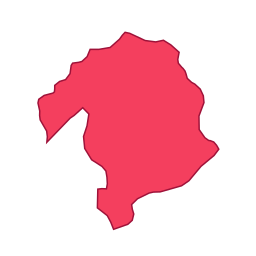 map outline of Bingöl (Albers equal-area conic projection), rotated 342°
{"feature_id": "TUR-2308", "entity_name": "Bingöl", "entity_type": "Province", "adm_level": 1, "iso_a3": "TUR", "parent_name": "Turkey", "parent_adm1": "", "projection": "albers", "projection_center": [40.639, 39.029], "detail": "fine", "context": "isolated", "style": "filled", "palette": "rose", "viewbox_px": 256, "rotation_deg": 342, "n_neighbors": 0, "source": "natural_earth", "source_scale": "10m", "svg_char_len": 1125}
<svg xmlns="http://www.w3.org/2000/svg" viewBox="0 0 256 256"><g transform="rotate(342 128 128)"><path d="M104.7,50.5L111.2,47.5L116.3,41.5L124.5,44.2L135.9,45.9L147.4,40.9L151.2,38.1L154.8,36.1L158.9,38.5L171.3,50.1L181.0,54.7L188.8,55.5L194.5,62.3L200.0,71.8L196.5,78.2L195.9,82.0L197.9,86.9L198.7,88.3L199.8,91.4L199.9,94.0L199.7,99.1L202.6,104.3L205.1,106.9L208.7,113.3L209.6,120.6L208.1,127.3L199.2,138.5L195.2,151.5L198.1,161.0L200.9,164.8L202.4,165.5L205.2,167.8L206.9,171.8L207.8,176.2L201.4,180.7L185.6,187.0L169.6,197.0L161.1,199.5L138.9,198.7L132.4,196.8L127.9,196.4L115.2,198.2L107.8,201.9L107.0,206.6L106.9,211.6L103.5,217.1L98.2,219.5L83.0,219.9L82.5,212.2L81.2,204.9L74.2,194.5L80.4,176.8L84.4,177.6L88.7,179.2L91.1,174.7L92.8,168.2L93.7,162.1L91.4,156.5L83.6,147.0L80.5,134.1L83.1,122.3L89.7,113.3L95.1,102.6L91.2,94.7L80.6,99.4L76.1,100.7L46.4,116.5L48.6,111.4L49.7,105.8L47.0,93.2L47.8,88.8L49.3,84.6L50.1,76.4L52.0,73.1L58.3,71.1L67.4,71.6L69.2,70.9L70.4,68.1L71.5,64.8L77.3,62.6L83.6,62.7L89.7,58.4L93.3,50.9L95.4,49.2L101.4,50.3L104.7,50.5Z" fill="#f43f5e" stroke="#9f1239" stroke-width="1.5"/></g></svg>